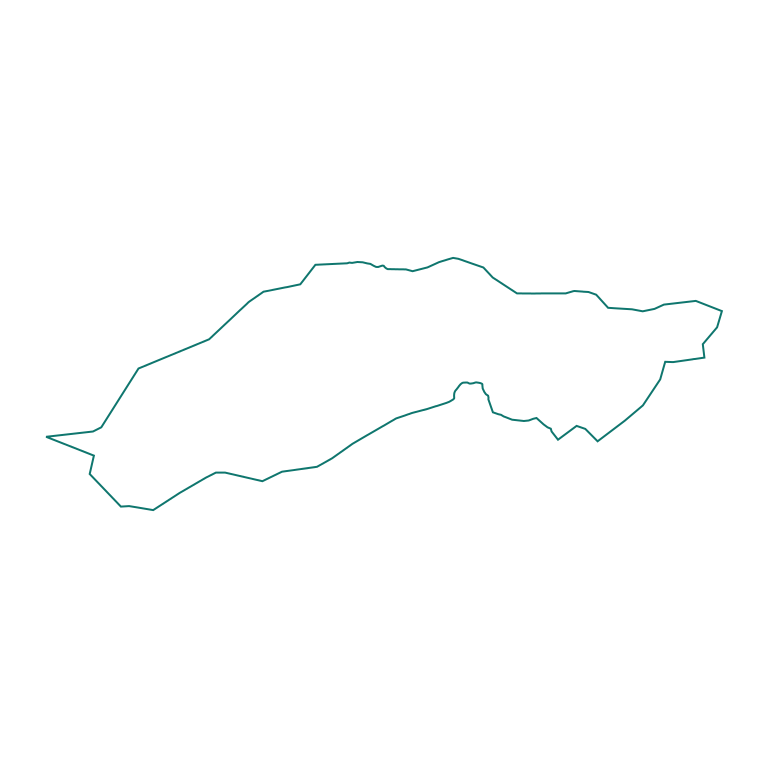 outline of Cagaanxairxan, Dzavhan, Mongolia
{"feature_id": "93677404B42555588614018", "entity_name": "Cagaanxairxan", "entity_type": "district", "adm_level": 2, "iso_a3": "MNG", "parent_name": "Mongolia", "parent_adm1": "Dzavhan", "projection": "natural_earth1", "projection_center": [96.926, 47.413], "detail": "fine", "context": "isolated", "style": "outline", "palette": "teal", "viewbox_px": 768, "rotation_deg": 0, "n_neighbors": 0, "source": "geoboundaries", "source_scale": "gbopen_adm2", "svg_char_len": 2821}
<svg xmlns="http://www.w3.org/2000/svg" viewBox="0 0 768 768"><path d="M46.1,436.8L91.8,454.8L93.9,455.6L89.7,474.0L120.9,506.6L129.1,506.1L137.1,507.4L153.2,510.1L179.7,492.9L206.0,477.6L215.9,472.6L225.1,472.6L262.4,481.2L282.0,471.7L317.0,466.8L332.1,458.3L352.5,443.8L367.7,434.9L368.1,434.7L381.9,426.7L382.4,426.4L383.9,425.6L384.4,425.3L390.5,421.7L391.0,421.4L394.0,419.7L394.6,419.3L396.2,418.4L401.6,416.6L402.5,416.3L405.2,415.4L405.7,415.2L407.9,414.4L408.5,414.2L409.6,413.9L410.2,413.6L412.3,412.9L427.2,409.0L436.2,406.1L436.5,406.1L438.1,405.6L438.7,405.4L446.4,402.9L449.2,401.8L450.6,401.0L452.1,400.1L453.1,399.5L453.3,399.3L453.6,399.0L453.9,398.7L454.1,398.5L454.1,398.2L454.2,397.8L454.1,396.1L454.1,395.3L454.2,394.2L454.3,393.2L454.7,392.0L455.2,391.0L455.4,390.7L455.7,390.3L456.2,389.8L457.6,388.0L458.0,387.5L459.0,386.1L459.2,385.8L459.4,385.6L460.6,384.2L461.5,383.5L462.4,382.9L463.1,382.7L464.1,382.6L464.9,382.6L466.0,382.5L466.8,382.5L467.3,382.6L467.6,382.6L468.1,382.9L468.9,383.3L469.4,383.5L469.8,383.6L470.3,383.6L471.4,383.5L473.3,383.2L475.4,382.5L476.3,382.4L478.4,382.7L480.0,383.0L480.9,383.3L481.6,383.6L482.1,383.9L482.3,384.2L482.4,384.7L482.4,385.7L482.7,388.5L484.3,391.9L485.9,394.2L488.1,395.7L488.5,397.5L488.4,399.4L492.9,412.3L498.3,414.2L501.0,414.8L503.6,416.4L506.0,417.3L512.1,419.7L523.9,421.0L528.7,420.5L531.1,419.6L533.2,418.8L536.5,418.0L543.6,424.4L547.5,427.3L550.8,428.7L551.6,431.5L558.0,439.7L576.6,425.9L585.3,428.9L597.6,441.3L624.8,420.7L642.9,405.4L660.2,379.4L665.2,361.8L673.1,362.1L692.7,359.3L692.9,359.2L694.5,359.0L694.9,359.0L704.4,357.6L702.8,344.2L717.1,327.3L721.9,311.1L695.8,300.9L663.9,304.6L654.5,308.9L642.7,311.3L632.0,309.3L617.0,308.4L613.9,308.2L608.1,307.8L596.2,294.7L588.5,292.0L583.4,291.7L582.7,291.6L578.5,291.3L577.3,291.2L576.9,291.2L576.2,291.1L574.2,291.0L573.8,291.1L573.2,291.2L566.4,293.2L565.8,293.4L565.3,293.4L560.9,293.4L560.2,293.4L555.2,293.4L550.5,293.4L545.7,293.4L543.6,293.4L535.5,293.5L535.3,293.5L535.1,293.5L533.4,293.5L531.0,293.5L517.0,293.4L492.7,277.5L483.4,267.5L471.5,263.4L468.4,262.3L463.8,260.7L462.5,260.2L458.3,258.8L453.1,257.9L447.9,259.4L446.6,259.8L445.4,260.2L442.0,261.2L439.5,262.0L439.1,262.1L438.9,262.2L427.5,267.4L412.6,271.2L405.9,269.4L399.2,269.3L398.4,269.3L387.7,269.1L386.4,268.5L384.8,267.2L383.7,265.8L382.3,265.6L378.1,267.0L376.0,266.9L373.5,265.7L370.4,263.9L367.2,263.4L362.7,262.3L357.4,262.0L352.1,262.9L349.3,262.6L347.5,263.2L347.0,263.3L315.4,264.8L300.3,284.3L298.5,284.7L297.5,284.9L287.1,287.1L285.2,287.4L267.2,291.0L263.5,291.7L261.4,293.2L249.0,301.8L248.6,302.2L248.4,302.3L246.7,304.0L243.9,306.6L240.9,309.4L240.3,309.9L234.3,315.6L234.2,315.7L209.1,339.3L138.5,368.5L101.3,427.3L93.0,431.5L46.1,436.8Z" fill="none" stroke="#0f766e" stroke-width="2"/></svg>